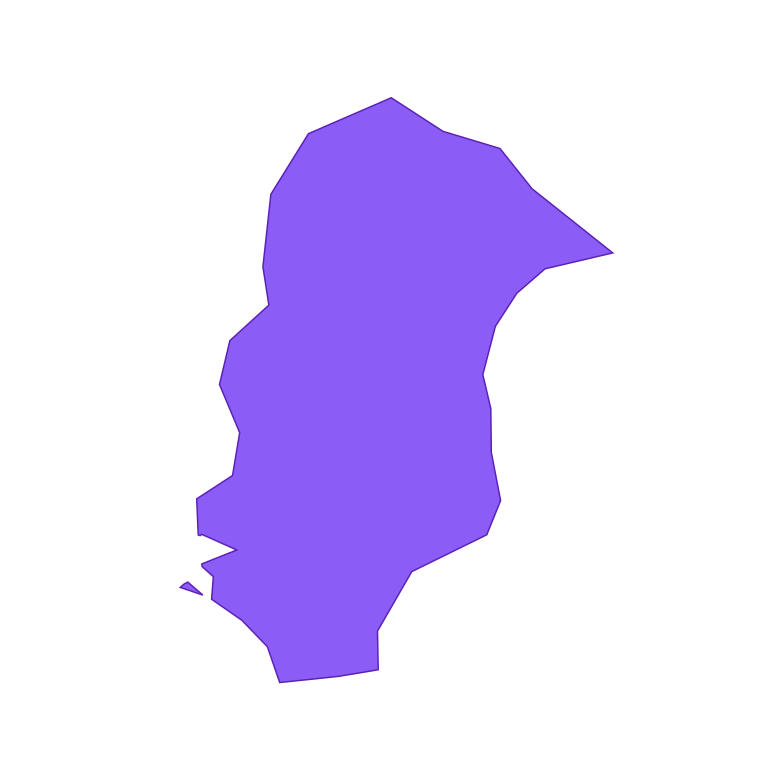 outline of Potamia, Nicosia, Cyprus, rotated 161°
{"feature_id": "46923920B79124900132946", "entity_name": "Potamia", "entity_type": "district", "adm_level": 2, "iso_a3": "CYP", "parent_name": "Cyprus", "parent_adm1": "Nicosia", "projection": "albers", "projection_center": [33.464, 35.05], "detail": "fine", "context": "isolated", "style": "filled", "palette": "violet", "viewbox_px": 768, "rotation_deg": 161, "n_neighbors": 0, "source": "geoboundaries", "source_scale": "gbopen_adm2", "svg_char_len": 712}
<svg xmlns="http://www.w3.org/2000/svg" viewBox="0 0 768 768"><g transform="rotate(161 384 384)"><path d="M125.1,433.5L180.4,520.3L197.7,568.9L246.0,603.7L284.0,652.3L373.9,645.3L429.2,600.2L460.3,534.3L467.2,496.1L515.6,475.2L539.7,437.1L536.3,385.0L557.0,346.8L598.5,336.4L608.8,301.7L607.2,300.5L605.3,301.2L577.3,275.0L614.9,273.2L615.4,270.5L608.1,257.4L617.1,236.6L595.3,206.8L579.8,173.5L579.8,135.7L522.3,122.4L482.5,115.7L470.6,152.5L418.8,197.6L335.9,208.0L311.7,235.8L304.8,284.4L291.0,326.0L287.5,360.7L259.9,402.3L228.8,426.6L194.2,440.5L125.1,433.5ZM640.5,259.0L642.9,258.0L624.0,243.4L630.7,254.9L634.0,260.6L638.7,259.8L640.5,259.0Z" fill="#8b5cf6" stroke="#5b21b6" stroke-width="1.5"/></g></svg>